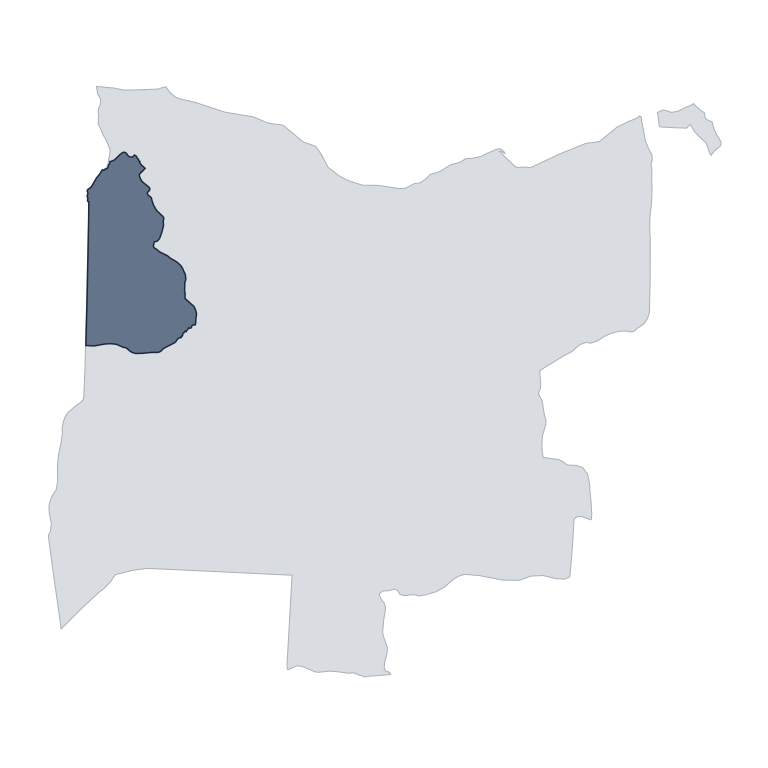 where Cunene sits in Angola, rotated 91°
{"feature_id": "AGO-1889", "entity_name": "Cunene", "entity_type": "Province", "adm_level": 1, "iso_a3": "AGO", "parent_name": "Angola", "parent_adm1": "", "projection": "orthographic", "projection_center": [15.075, -16.287], "detail": "fine", "context": "in_parent", "style": "filled", "palette": "slate", "viewbox_px": 768, "rotation_deg": 91, "n_neighbors": 0, "source": "natural_earth", "source_scale": "10m", "svg_char_len": 6392}
<svg xmlns="http://www.w3.org/2000/svg" viewBox="0 0 768 768"><g transform="rotate(91 384 384)"><path d="M674.2,372.2L675.1,378.6L675.9,387.6L676.4,394.0L677.1,396.9L677.3,398.4L676.4,400.0L675.6,403.8L674.1,407.2L673.3,409.5L673.8,413.9L672.4,426.7L672.0,433.1L673.4,444.5L673.0,448.0L668.8,458.3L667.5,463.5L667.3,466.2L671.0,474.1L670.8,475.7L667.6,476.0L665.1,476.0L576.8,472.6L572.8,606.1L572.5,617.4L574.8,632.6L579.4,649.2L581.4,650.7L586.4,653.9L593.4,660.4L597.2,665.2L605.1,673.6L615.6,684.3L634.5,702.5L568.2,713.0L542.9,716.8L540.6,716.7L536.9,714.8L528.9,714.2L519.3,716.4L511.7,716.9L506.1,715.6L500.7,713.3L495.5,709.9L486.3,708.5L473.1,709.1L460.5,708.2L448.3,705.8L439.6,704.8L434.3,705.1L428.7,704.3L422.7,702.4L417.7,699.2L411.8,692.5L407.1,686.2L405.9,685.3L404.4,684.3L403.0,684.0L376.7,683.3L216.6,682.2L198.0,683.4L196.6,683.1L194.3,682.4L192.7,681.0L187.5,677.5L182.9,674.8L176.6,670.4L172.6,665.4L169.2,663.9L163.1,663.0L158.6,662.2L154.9,662.0L148.5,664.4L143.7,666.8L140.2,669.1L134.2,671.7L129.2,674.3L120.3,674.1L118.4,674.5L113.5,674.4L108.8,672.2L104.1,672.5L99.0,675.4L91.5,676.7L92.9,658.1L94.6,649.9L94.5,640.1L93.0,614.7L91.7,611.2L90.7,607.1L95.3,603.9L97.7,601.5L100.8,597.3L103.0,591.3L105.5,578.3L114.9,548.2L119.3,518.8L125.1,504.8L127.1,489.2L143.5,468.9L147.5,456.5L156.0,450.4L168.2,443.8L176.8,432.3L180.9,424.3L185.6,409.1L185.5,393.2L188.4,372.0L187.8,365.9L183.2,357.5L182.3,351.5L178.0,345.6L173.5,341.2L171.3,333.2L163.4,320.7L161.2,312.3L157.3,306.3L156.7,298.9L154.7,291.0L150.8,283.3L147.0,274.5L146.9,271.7L149.3,268.3L151.5,267.2L150.7,268.9L149.3,270.9L149.6,272.5L164.3,256.8L165.3,253.7L164.7,250.3L164.7,246.2L165.2,241.3L151.1,212.8L139.9,186.4L137.9,173.0L123.1,155.5L117.3,144.1L113.9,136.1L111.4,133.1L112.3,131.6L116.1,131.1L124.6,129.2L136.1,127.0L146.8,122.2L149.6,120.2L155.3,119.7L161.1,120.9L163.2,120.0L164.4,119.9L178.0,119.8L183.6,119.4L194.0,119.5L200.6,119.8L204.4,120.3L214.5,121.1L227.2,120.9L231.7,120.4L248.3,120.1L279.4,119.7L295.6,119.8L308.1,119.9L313.7,121.6L318.9,124.8L321.2,127.7L322.3,129.0L323.9,132.0L326.7,134.4L327.7,138.2L326.8,143.2L327.2,149.3L328.8,156.4L332.2,163.9L337.4,171.8L339.6,178.0L338.9,182.6L340.5,187.4L344.3,192.6L347.1,195.3L348.7,197.4L353.0,205.3L367.1,227.4L369.2,228.6L372.3,228.2L378.8,227.4L385.4,227.3L390.0,229.3L391.8,229.0L398.9,225.3L405.8,224.3L413.1,222.9L416.9,221.4L421.3,221.4L433.2,224.7L435.4,224.9L445.0,225.1L454.6,223.6L456.2,211.0L456.3,208.5L458.6,203.8L461.6,199.7L462.0,195.8L461.9,190.4L464.1,183.9L470.6,178.8L481.0,176.6L487.0,176.3L496.3,175.1L510.5,174.0L515.7,174.3L516.2,175.0L513.1,184.0L513.0,186.9L514.0,190.0L516.4,191.6L544.6,192.8L571.7,194.6L573.2,195.1L574.3,195.9L576.0,200.4L575.5,209.1L572.7,221.8L573.5,233.8L577.9,245.1L578.0,262.3L573.9,285.2L572.9,299.8L574.8,306.0L579.1,312.6L585.7,319.5L590.8,328.3L594.2,339.1L595.4,345.9L594.3,348.6L594.3,353.4L595.3,360.3L593.9,364.7L590.2,366.8L588.9,369.8L590.6,375.8L590.9,381.1L593.3,384.8L595.1,385.0L598.8,383.3L603.4,379.9L607.0,378.5L612.0,378.9L619.1,380.1L631.5,381.0L635.4,380.5L647.1,376.2L650.2,375.9L654.7,376.6L661.2,378.3L667.7,378.9L671.0,377.5L671.3,375.6L672.4,373.1L674.2,372.2ZM149.7,60.9L148.9,61.7L143.5,63.9L137.8,65.9L130.3,74.1L126.4,77.7L125.3,78.6L121.9,80.6L119.4,82.3L119.5,83.2L121.1,84.2L122.9,85.9L122.7,99.2L122.1,112.3L121.1,113.4L116.3,113.9L110.0,114.9L107.9,115.5L107.2,114.3L105.1,109.5L106.2,104.9L107.5,101.5L106.1,94.6L102.8,88.5L99.3,80.8L98.2,79.3L101.1,76.8L105.5,71.2L107.3,68.3L112.3,67.6L114.2,65.6L115.5,62.4L116.0,60.6L121.7,59.0L128.6,56.2L132.4,53.2L136.2,51.3L138.7,51.1L140.3,51.9L144.7,57.0L148.4,60.2L149.7,60.9Z" fill="#d9dde1" stroke="#a8b0b8" stroke-width="1"/><path d="M196.3,684.1L195.2,683.9L194.5,683.3L192.4,680.4L191.8,679.9L187.4,677.5L182.9,675.0L178.7,671.6L174.7,669.4L175.2,668.0L174.7,667.2L174.1,666.6L173.4,664.6L172.7,664.0L171.7,663.6L170.6,663.4L169.8,663.2L168.1,662.0L167.3,661.7L166.4,662.0L165.8,659.6L164.5,657.2L159.3,652.1L157.3,649.6L156.8,648.2L156.9,647.0L157.5,646.0L158.4,645.1L159.5,644.5L160.5,643.6L161.2,642.4L161.6,640.8L161.4,639.7L161.2,639.1L160.8,638.8L160.4,638.4L159.4,637.4L160.2,636.3L160.5,635.7L160.8,635.4L161.1,635.2L161.7,635.1L162.1,635.0L162.5,634.8L163.4,633.6L163.7,633.4L164.2,633.2L164.6,633.2L164.9,633.1L165.2,632.9L165.8,631.9L166.0,632.0L166.2,632.3L166.4,632.3L166.7,632.2L168.2,631.2L169.4,630.2L172.5,626.6L175.5,629.2L176.6,630.5L178.9,632.3L180.0,632.3L182.8,631.2L184.6,630.2L185.9,629.2L186.9,628.1L190.6,623.3L191.9,621.9L193.2,621.5L194.4,621.8L195.3,622.6L196.1,623.4L196.8,623.9L197.5,624.0L198.4,623.7L199.3,622.9L200.9,620.9L201.7,620.1L202.4,619.7L204.6,619.2L208.8,617.7L213.7,614.9L214.6,614.2L220.2,608.2L220.8,607.7L221.7,607.1L223.8,607.3L224.9,607.5L227.1,607.4L228.2,607.2L230.4,607.4L236.9,609.0L242.1,610.8L244.2,612.2L244.8,612.9L245.4,614.1L245.9,616.2L250.0,617.0L251.0,616.7L252.0,616.0L253.2,613.8L255.7,610.8L259.6,602.7L261.9,599.9L265.7,593.1L269.5,588.9L273.0,586.8L274.3,586.4L277.6,584.7L279.0,584.4L282.9,584.0L283.5,584.1L285.1,584.6L286.2,584.9L294.2,585.0L296.2,584.6L297.7,584.4L301.3,584.5L302.4,583.9L308.1,577.4L309.2,575.8L311.5,574.4L315.8,572.9L317.5,572.7L319.0,572.8L321.3,573.2L326.8,573.4L327.3,573.6L327.9,573.7L328.3,573.9L328.3,574.3L328.2,574.9L328.0,575.5L328.3,576.1L328.8,576.7L329.5,577.2L331.1,577.6L331.4,578.1L331.6,579.4L331.3,580.0L331.3,580.3L331.8,580.4L333.0,581.3L333.5,581.7L334.7,582.6L335.1,582.8L334.9,583.0L334.7,583.3L334.5,583.5L334.5,583.8L335.0,584.0L335.4,584.2L337.2,585.9L337.6,586.2L338.1,586.2L339.1,586.2L339.5,586.4L339.9,587.5L340.3,587.9L340.5,587.9L340.9,587.7L341.1,587.6L341.7,589.9L342.0,590.4L342.6,591.1L345.2,592.9L346.4,594.1L352.4,605.2L354.6,607.2L355.3,608.1L356.1,609.5L356.4,611.0L356.5,617.2L357.6,626.7L357.8,632.7L357.1,635.6L356.5,637.0L355.7,638.4L352.6,642.0L351.6,646.1L349.6,650.7L349.0,652.4L348.6,655.6L348.5,658.9L348.9,663.8L351.0,674.5L350.7,682.8L342.8,682.7L330.8,682.6L318.8,682.5L306.8,682.4L294.8,682.3L282.7,682.3L270.7,682.3L270.2,682.3L258.7,682.2L246.7,682.2L234.7,682.2L222.7,682.2L210.7,682.3L207.5,682.3L206.9,682.3L206.9,682.5L206.5,683.5L205.4,683.7L203.3,683.3L203.0,683.5L202.3,683.9L201.8,684.1L201.2,684.1L200.5,683.8L199.5,683.7L198.6,683.4L198.1,683.4L197.6,683.5L196.9,684.0L196.3,684.1Z" fill="#64748b" stroke="#1e293b" stroke-width="1.5"/></g></svg>